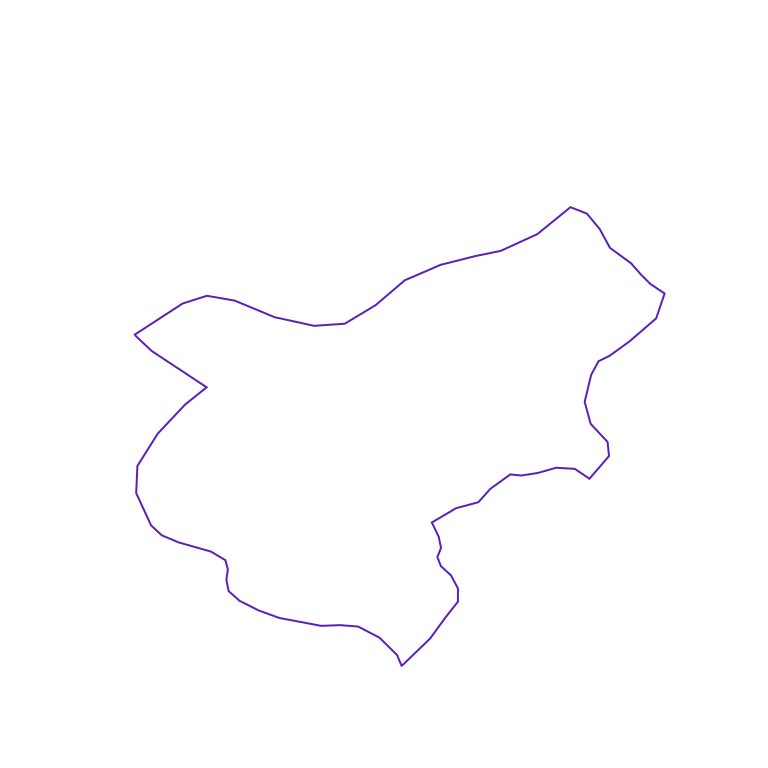 the border of Nikšic, rotated 314°
{"feature_id": "MNE-1514", "entity_name": "Nikšic", "entity_type": "Municipality", "adm_level": 1, "iso_a3": "MNE", "parent_name": "Montenegro", "parent_adm1": "", "projection": "natural_earth1", "projection_center": [18.786, 42.872], "detail": "fine", "context": "isolated", "style": "outline", "palette": "violet", "viewbox_px": 768, "rotation_deg": 314, "n_neighbors": 0, "source": "natural_earth", "source_scale": "10m", "svg_char_len": 1114}
<svg xmlns="http://www.w3.org/2000/svg" viewBox="0 0 768 768"><g transform="rotate(314 384 384)"><path d="M258.4,258.7L246.4,194.2L246.1,172.1L246.5,170.4L258.4,173.2L301.9,183.2L324.4,195.3L340.3,218.7L356.0,258.8L377.3,293.3L400.1,313.9L435.0,323.2L473.1,326.9L485.9,332.3L509.0,341.9L539.4,360.8L560.9,375.5L598.4,390.2L640.7,395.3L647.5,411.6L645.3,431.5L638.9,452.0L642.5,478.2L642.3,479.5L641.2,492.9L641.0,506.2L644.0,523.0L620.3,534.2L585.2,531.0L561.1,526.7L549.4,522.5L534.4,526.7L510.5,540.8L498.9,560.4L497.6,585.1L488.5,595.9L458.6,597.6L455.5,580.2L443.3,566.0L426.5,556.2L413.6,546.4L406.7,537.7L382.5,533.3L364.5,534.0L344.7,522.1L317.6,514.6L312.1,529.5L305.7,538.9L296.6,542.6L292.5,551.4L292.9,565.0L288.3,579.2L278.8,588.4L264.5,589.8L258.0,590.5L232.8,594.0L194.8,592.6L193.6,592.3L198.1,581.7L198.4,557.0L191.5,533.8L180.0,519.9L166.3,506.7L143.0,471.3L134.0,451.0L127.7,430.8L127.1,416.1L133.7,406.6L142.1,400.5L147.1,392.3L143.3,376.1L127.4,346.3L120.8,329.3L120.5,314.7L133.4,281.5L153.8,263.5L191.3,255.7L231.1,255.2L258.4,258.7Z" fill="none" stroke="#5b21b6" stroke-width="2"/></g></svg>